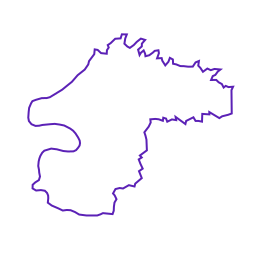 the district of Capitão Leônidas Marques, Paraná, Brazil, rotated 98°
{"feature_id": "56859067B12365936446127", "entity_name": "Capitão Leônidas Marques", "entity_type": "district", "adm_level": 2, "iso_a3": "BRA", "parent_name": "Brazil", "parent_adm1": "Paraná", "projection": "natural_earth1", "projection_center": [-53.601, -25.458], "detail": "fine", "context": "isolated", "style": "outline", "palette": "violet", "viewbox_px": 256, "rotation_deg": 98, "n_neighbors": 0, "source": "geoboundaries", "source_scale": "gbopen_adm2", "svg_char_len": 2293}
<svg xmlns="http://www.w3.org/2000/svg" viewBox="0 0 256 256"><g transform="rotate(98 128 128)"><path d="M185.0,113.4L182.1,113.1L175.7,107.4L169.2,111.1L166.2,107.8L161.6,110.8L157.6,113.0L155.3,110.3L153.6,112.4L147.5,106.2L137.0,108.1L133.2,109.6L130.0,111.2L123.8,107.7L119.4,106.3L116.3,107.1L115.2,102.2L115.1,98.8L116.0,94.5L112.9,94.5L113.4,91.6L116.3,90.0L113.4,85.7L113.5,81.4L110.4,82.4L116.1,71.7L112.9,71.4L108.3,64.7L111.6,62.1L111.2,59.2L111.4,55.6L103.7,56.4L103.2,49.3L100.9,49.7L105.5,38.9L103.3,36.4L101.0,30.7L99.2,27.3L76.1,30.8L72.5,29.7L73.5,34.2L72.7,37.1L74.6,38.9L71.4,41.2L70.1,44.6L68.1,47.3L68.9,52.4L64.8,51.3L63.3,48.9L59.7,47.0L57.2,44.6L57.5,50.6L59.2,54.1L58.1,57.7L61.9,61.6L58.4,64.7L56.5,67.1L51.8,67.1L53.6,70.2L58.2,72.4L58.9,77.0L59.0,81.4L59.4,84.8L58.3,89.1L58.1,92.3L53.9,93.1L52.7,96.3L56.8,97.2L60.8,99.8L56.6,103.4L54.1,104.4L55.0,108.9L49.6,107.8L46.8,108.7L47.9,112.3L49.9,113.9L53.0,117.1L54.5,120.7L52.0,121.4L49.0,123.3L51.7,125.7L54.1,126.7L49.0,128.9L45.3,125.7L42.5,126.0L38.4,123.3L37.7,127.7L41.5,131.3L45.0,133.8L48.4,137.3L47.4,140.0L45.0,143.3L39.7,143.2L35.5,142.2L36.1,147.1L40.3,147.8L41.4,153.1L46.4,157.0L48.7,159.6L51.0,158.3L53.9,159.7L57.4,159.4L57.6,165.1L54.9,168.9L54.8,171.9L59.6,171.7L67.2,175.9L70.6,176.2L76.2,179.0L82.7,185.2L90.1,190.0L93.7,193.4L99.2,198.5L108.4,209.7L109.7,212.8L110.4,217.5L112.9,223.1L114.7,226.4L117.0,227.4L121.8,228.7L125.9,228.6L131.6,228.2L134.9,227.1L137.7,224.1L138.8,219.9L138.1,216.3L136.9,213.2L135.1,205.7L134.1,201.1L134.1,196.2L134.4,191.5L136.6,185.2L138.3,182.0L140.6,179.3L144.3,176.1L147.2,174.1L149.7,173.4L152.1,173.5L154.4,174.6L157.1,176.3L158.7,178.7L159.6,184.1L159.8,188.9L159.0,195.5L159.1,201.2L162.1,207.7L164.4,209.5L167.8,210.9L170.5,211.5L173.5,211.8L178.1,211.6L181.9,210.3L184.6,209.7L188.3,208.4L192.0,209.0L194.8,212.3L197.5,214.5L201.1,214.1L202.7,210.3L201.6,205.6L201.7,201.6L203.6,199.1L206.0,197.7L208.5,197.2L213.1,197.0L215.4,192.7L217.3,185.8L218.8,181.1L217.7,177.2L217.4,173.4L218.6,168.8L220.5,164.3L220.4,157.0L218.9,146.3L217.3,143.2L215.8,141.0L215.4,131.3L211.9,130.6L207.9,131.0L203.7,131.0L200.1,129.5L196.6,131.8L194.9,133.7L190.2,131.9L188.6,127.9L188.6,124.5L184.5,119.2L185.0,113.4Z" fill="none" stroke="#5b21b6" stroke-width="2"/></g></svg>